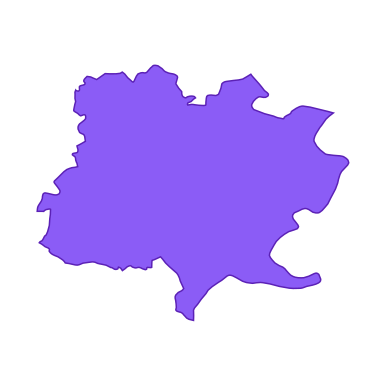 Viet Yen, Bắc Giang, Vietnam, rotated 280°
{"feature_id": "81297802B30186135932553", "entity_name": "Viet Yen", "entity_type": "district", "adm_level": 2, "iso_a3": "VNM", "parent_name": "Vietnam", "parent_adm1": "Bắc Giang", "projection": "equal_earth", "projection_center": [106.091, 21.27], "detail": "fine", "context": "isolated", "style": "filled", "palette": "violet", "viewbox_px": 384, "rotation_deg": 280, "n_neighbors": 0, "source": "geoboundaries", "source_scale": "gbopen_adm2", "svg_char_len": 5984}
<svg xmlns="http://www.w3.org/2000/svg" viewBox="0 0 384 384"><g transform="rotate(280 192 192)"><path d="M298.0,102.5L296.4,100.7L295.2,96.6L294.1,90.6L293.5,85.9L286.2,78.6L287.0,75.0L287.7,72.3L287.6,68.6L285.5,67.1L284.1,66.3L282.8,66.1L282.1,66.3L281.5,66.9L280.9,67.7L279.7,67.8L279.1,67.4L278.4,66.2L277.9,65.0L277.1,63.4L276.0,62.8L273.0,63.5L272.2,63.2L271.7,62.8L271.6,62.1L271.6,61.1L271.8,60.2L272.2,59.8L270.0,59.4L267.7,59.9L263.9,60.5L260.8,61.7L257.9,61.4L254.3,61.3L252.4,61.3L251.7,61.4L251.1,61.9L250.5,63.3L249.8,65.2L249.5,65.9L248.5,67.3L247.7,68.9L247.9,69.6L249.2,71.8L249.4,72.3L249.3,73.2L249.1,73.5L248.3,74.1L246.0,74.5L245.2,74.2L243.9,73.4L239.6,69.5L238.4,68.9L236.9,68.5L235.4,68.6L234.0,69.0L231.1,71.0L230.4,72.9L230.0,74.8L229.4,75.8L228.0,76.7L223.4,78.2L219.5,73.5L217.4,70.7L216.7,71.0L213.8,72.4L212.7,72.5L211.8,72.5L211.2,72.2L210.9,72.0L210.1,70.3L209.9,69.5L209.4,68.4L209.1,67.9L208.7,67.7L207.9,67.7L207.1,69.0L206.8,69.9L206.1,70.9L205.1,71.4L203.3,71.9L201.6,72.8L200.2,73.8L197.1,75.0L196.1,72.7L195.1,69.5L193.9,67.2L192.4,64.8L189.7,62.3L182.2,57.0L179.1,54.7L178.4,54.4L177.4,54.6L176.4,55.6L173.6,58.7L171.2,61.1L170.6,61.6L169.8,61.9L168.5,61.9L167.5,61.6L166.8,61.1L165.9,59.7L165.5,58.7L165.3,57.0L165.3,55.6L165.6,50.4L165.6,47.8L165.4,46.9L164.9,46.3L164.5,45.9L163.4,45.6L161.9,45.5L159.6,45.7L156.9,45.2L152.2,43.2L150.3,42.7L148.5,42.7L146.1,42.9L147.2,49.4L148.1,49.9L149.3,51.3L150.4,54.1L150.5,54.9L150.5,55.5L150.4,55.7L145.4,56.4L140.9,56.6L134.2,57.3L127.9,56.7L124.5,55.9L122.9,54.5L119.3,53.4L117.8,52.6L116.7,51.0L115.5,50.4L114.6,53.0L113.9,54.4L112.6,56.9L112.0,59.5L111.8,60.2L111.3,61.1L110.8,61.6L109.0,61.6L108.4,62.1L107.5,63.2L106.7,64.5L106.1,66.1L105.6,67.9L104.9,71.3L102.7,76.4L101.3,78.4L100.1,79.5L100.2,83.4L99.9,89.6L100.0,90.8L100.2,92.1L100.9,93.7L103.0,97.0L104.9,102.8L105.9,106.1L106.0,107.7L106.0,108.7L105.3,111.5L105.3,112.3L105.2,113.2L105.2,115.5L105.0,120.2L103.5,125.2L103.6,125.8L103.5,126.7L103.1,127.5L102.5,129.1L102.5,129.9L102.6,130.7L103.1,131.8L103.4,132.3L105.2,132.6L105.2,133.2L104.6,135.0L102.5,137.1L104.7,139.3L107.2,141.3L108.2,142.8L108.6,143.7L108.7,144.1L108.6,144.7L108.4,145.2L108.0,145.8L107.7,146.5L107.4,148.7L107.4,149.3L107.5,150.0L108.3,151.8L108.6,152.9L108.4,154.7L107.8,156.6L107.4,159.4L107.5,159.9L108.1,160.7L109.4,160.7L109.8,160.9L110.0,161.1L110.4,164.7L110.8,165.4L115.5,164.7L116.7,164.6L117.7,164.6L118.0,165.1L119.0,166.9L122.7,172.3L120.7,174.8L117.5,178.3L114.6,182.6L109.5,191.0L107.9,192.6L105.2,194.5L102.3,195.9L95.5,200.6L94.1,199.9L93.0,199.0L90.7,195.9L87.7,193.9L86.8,193.7L85.8,193.6L84.4,193.9L82.2,194.8L79.0,195.8L75.6,196.6L73.4,196.5L72.8,196.7L72.2,197.4L71.9,198.4L71.6,200.6L71.6,201.6L71.3,202.6L70.7,203.9L69.8,204.9L66.9,208.7L66.1,211.1L65.8,215.8L70.5,215.1L76.0,214.0L78.4,214.7L82.5,217.1L88.0,219.7L94.4,223.4L98.1,224.9L102.3,228.3L107.5,233.6L110.2,236.6L115.3,241.1L116.1,242.2L116.4,242.9L116.7,243.8L116.7,245.2L116.5,246.7L115.2,250.9L112.9,257.3L112.3,261.3L112.4,264.2L112.6,267.5L113.8,271.2L114.8,275.1L115.0,277.6L115.0,284.9L114.2,294.5L114.2,298.8L114.2,302.2L114.2,304.4L114.6,308.4L116.1,315.8L116.8,317.6L119.0,321.4L121.2,326.8L122.8,330.0L124.3,332.2L125.5,333.4L126.8,334.0L128.5,333.9L131.1,332.3L132.9,331.2L133.6,329.8L133.7,328.3L132.9,326.6L129.4,321.7L127.0,317.0L126.4,314.4L126.0,311.4L126.0,308.3L126.4,306.1L127.3,303.5L128.9,301.2L130.8,298.8L132.6,296.7L133.8,294.4L134.7,290.5L136.5,286.0L138.9,282.9L141.0,280.6L143.0,279.2L145.3,279.2L148.3,280.0L154.0,282.0L158.0,283.6L162.6,286.8L166.4,290.3L169.8,294.2L172.4,299.1L174.1,302.0L175.4,302.7L176.4,302.9L177.8,302.1L179.6,300.2L182.9,296.5L185.0,295.3L187.0,295.2L189.3,296.4L191.8,300.2L194.2,303.4L195.4,306.1L195.5,307.9L195.0,310.1L193.8,312.9L193.1,314.5L192.9,317.6L193.3,319.8L194.0,321.1L196.5,323.4L200.4,325.8L203.9,327.8L210.0,329.6L217.4,332.0L220.0,332.8L226.0,333.9L230.3,334.1L235.0,334.7L238.1,335.7L245.6,340.6L247.9,341.3L249.5,340.6L250.6,339.9L251.8,338.2L252.9,335.7L253.2,334.7L253.3,333.3L253.3,331.3L252.7,325.1L252.5,321.3L252.4,319.1L252.5,316.9L253.4,315.2L255.7,311.0L258.7,307.0L263.1,303.4L264.7,303.0L265.7,303.0L268.4,303.3L271.2,304.1L277.7,306.7L280.0,308.0L287.0,311.3L290.5,313.9L294.4,317.5L294.9,312.0L296.1,293.6L295.9,286.4L295.6,285.1L294.7,283.1L292.6,280.2L289.2,276.6L288.4,276.0L287.1,275.7L286.4,275.3L285.8,274.8L283.7,272.0L282.7,270.9L281.7,270.0L281.1,269.8L280.3,269.7L280.1,269.5L279.9,268.7L280.0,267.0L280.0,263.7L280.3,261.8L280.9,259.1L281.7,249.9L283.9,238.5L284.9,237.4L286.0,236.4L287.2,235.8L287.9,235.7L288.8,235.7L292.0,236.8L294.9,238.7L296.8,240.6L297.4,241.6L297.6,242.5L297.6,245.9L298.0,248.0L298.9,249.2L299.6,250.0L300.4,250.3L301.0,250.3L301.7,250.2L302.8,248.9L304.5,245.7L307.4,242.5L309.9,239.6L316.8,230.9L318.2,229.5L315.2,226.1L312.0,222.3L310.4,218.3L309.0,213.4L306.9,206.8L306.4,205.5L305.8,204.5L304.6,203.2L303.6,202.6L299.3,202.5L294.7,201.6L292.7,201.1L291.2,198.9L291.1,198.1L290.8,194.0L290.4,192.3L289.7,190.6L288.6,189.9L286.9,189.8L283.0,190.1L280.4,190.5L279.8,190.3L279.2,188.5L278.6,183.7L278.4,179.6L278.4,178.4L278.3,176.9L277.9,175.4L276.9,172.8L277.5,172.3L278.3,172.3L279.2,172.6L280.9,175.4L283.7,177.4L285.3,179.1L286.1,178.2L286.4,177.7L286.5,176.7L286.5,175.9L286.4,174.9L286.0,173.3L285.1,171.2L284.6,170.5L283.9,169.9L283.6,169.2L283.6,168.9L284.1,167.0L284.6,166.3L285.1,165.8L285.8,165.4L286.5,165.0L289.1,164.4L291.9,160.9L295.7,157.4L296.4,157.3L302.2,157.9L303.3,157.5L303.9,156.8L304.6,155.1L304.9,153.9L305.0,152.8L305.0,149.6L305.1,148.1L305.8,144.9L306.4,143.6L308.3,141.1L310.4,136.5L310.4,134.1L310.2,132.9L309.9,132.1L309.4,131.5L307.8,130.4L307.2,129.8L302.2,126.8L301.7,126.3L301.1,125.1L301.0,124.2L301.0,122.8L300.5,121.0L298.9,118.3L296.4,117.1L291.2,115.7L290.4,115.3L290.1,115.0L290.1,114.2L290.6,113.3L291.3,112.3L293.4,108.8L296.5,105.3L298.0,102.5Z" fill="#8b5cf6" stroke="#5b21b6" stroke-width="1.5"/></g></svg>